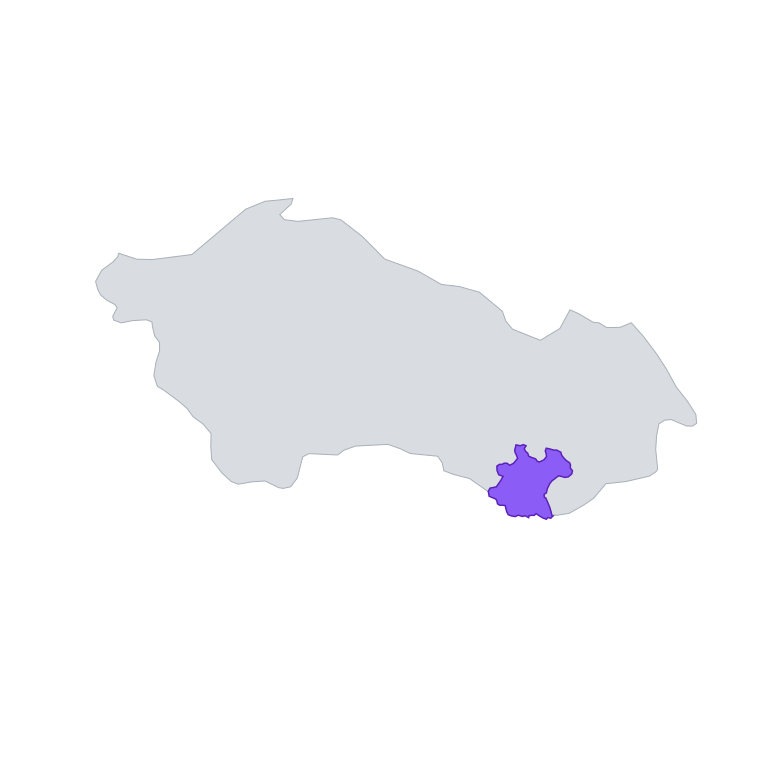 Kukës, Kukës, Albania (highlighted), rotated 111°
{"feature_id": "67620474B92464717887955", "entity_name": "Kukës", "entity_type": "district", "adm_level": 2, "iso_a3": "ALB", "parent_name": "Albania", "parent_adm1": "Kukës", "projection": "robinson", "projection_center": [20.374, 41.987], "detail": "fine", "context": "in_parent", "style": "filled", "palette": "violet", "viewbox_px": 768, "rotation_deg": 111, "n_neighbors": 0, "source": "geoboundaries", "source_scale": "gbopen_adm2", "svg_char_len": 2794}
<svg xmlns="http://www.w3.org/2000/svg" viewBox="0 0 768 768"><g transform="rotate(111 384 384)"><path d="M248.1,237.0L248.7,226.9L251.4,210.8L249.9,205.4L251.5,196.2L246.5,183.9L238.2,175.1L246.3,159.4L258.1,140.5L269.0,125.5L282.2,109.9L291.1,94.9L300.6,82.0L308.7,78.0L312.7,80.8L314.8,86.4L314.3,103.1L317.1,108.9L322.6,113.1L334.5,111.0L347.7,106.9L365.4,98.0L368.4,98.6L374.9,103.2L388.5,123.4L397.6,141.1L415.5,147.3L425.5,154.2L438.3,164.7L444.5,175.3L453.3,207.6L454.3,227.2L451.8,236.1L449.6,238.4L441.6,270.2L443.5,286.5L443.5,297.1L436.7,301.4L432.2,308.1L439.5,334.6L438.6,345.9L439.0,358.8L452.2,388.4L460.0,397.5L466.9,401.9L475.9,429.1L481.1,433.8L502.8,431.2L513.4,434.3L517.6,440.7L518.5,445.1L517.2,460.4L522.6,472.1L529.8,484.2L529.8,491.6L525.0,503.6L516.4,517.7L504.9,523.1L492.2,527.7L486.2,538.6L483.1,550.3L477.5,558.9L474.0,568.4L468.6,587.7L467.4,594.7L458.8,601.8L445.5,604.7L433.6,605.3L425.5,608.6L421.4,615.2L413.8,620.5L409.2,622.9L409.2,628.8L414.8,641.2L421.1,651.2L421.2,659.3L418.1,661.5L408.4,660.5L406.3,663.5L405.2,672.5L402.6,680.2L398.6,684.9L391.6,690.0L378.9,688.3L366.9,680.6L360.6,678.2L357.0,678.5L356.1,659.6L350.9,645.0L332.0,609.8L270.4,575.8L256.0,560.5L249.7,547.7L243.4,535.5L249.5,535.2L255.5,538.3L263.2,542.0L266.3,535.9L263.0,522.6L247.3,491.7L246.2,483.1L254.0,457.2L267.1,428.1L266.4,392.8L270.5,366.2L266.1,348.9L264.1,327.8L273.7,299.6L281.8,292.6L286.8,283.7L287.2,253.7L269.1,239.7L248.1,237.0Z" fill="#d9dde1" stroke="#a8b0b8" stroke-width="1"/><path d="M385.8,209.5L388.6,209.5L391.0,207.6L392.1,207.0L393.5,206.3L394.9,206.7L396.4,207.2L397.6,207.6L399.5,209.4L400.5,210.5L401.2,211.1L401.1,213.7L400.8,214.0L399.5,215.6L399.7,219.6L399.5,223.1L397.1,225.0L396.1,227.8L395.4,228.5L394.7,229.2L394.0,229.9L392.5,229.6L390.8,229.2L390.6,232.0L392.8,234.7L393.5,238.9L398.8,238.3L401.0,237.0L402.9,234.9L405.5,232.6L409.6,233.9L411.7,234.7L414.9,237.6L413.9,240.6L414.9,243.5L416.6,244.8L417.7,247.5L420.2,249.2L424.2,247.5L427.6,244.4L427.6,239.7L433.1,240.6L439.8,242.3L443.2,247.7L446.8,248.2L451.1,245.6L451.4,238.3L453.1,236.4L455.2,235.1L455.7,232.6L454.9,230.5L454.0,227.3L456.9,225.4L459.1,223.8L461.5,221.2L461.5,217.7L460.7,213.9L458.4,211.8L458.1,207.4L456.4,205.0L456.9,201.1L455.0,201.5L453.5,198.7L452.8,196.6L450.5,195.6L451.4,191.8L452.1,187.6L452.1,184.0L450.0,183.2L449.5,180.2L446.6,178.9L446.9,179.7L445.8,180.7L443.7,182.0L442.4,183.0L441.4,183.8L439.8,185.0L432.5,192.0L432.3,193.7L429.7,195.0L427.5,193.4L423.3,194.0L417.9,193.6L414.3,192.5L407.2,188.2L406.7,185.3L406.4,181.7L404.6,178.6L400.7,176.5L397.5,176.9L395.6,180.0L392.7,180.9L391.0,182.5L390.1,186.5L388.9,189.1L387.0,192.4L384.3,194.5L383.8,199.2L384.8,201.5L385.3,206.7L385.8,209.5Z" fill="#8b5cf6" stroke="#5b21b6" stroke-width="1.5"/></g></svg>